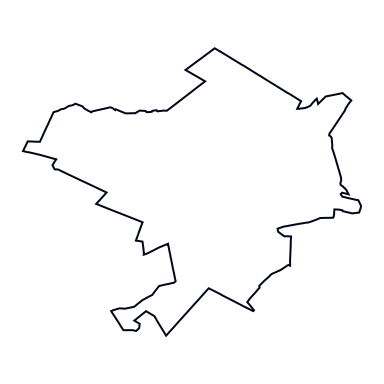 Lazdulejas pag., Balvu, Latvia
{"feature_id": "27541924B29489313148082", "entity_name": "Lazdulejas pag.", "entity_type": "district", "adm_level": 2, "iso_a3": "LVA", "parent_name": "Latvia", "parent_adm1": "Balvu", "projection": "equal_earth", "projection_center": [27.463, 57.024], "detail": "fine", "context": "isolated", "style": "outline", "palette": "ink", "viewbox_px": 384, "rotation_deg": 0, "n_neighbors": 0, "source": "geoboundaries", "source_scale": "gbopen_adm2", "svg_char_len": 5237}
<svg xmlns="http://www.w3.org/2000/svg" viewBox="0 0 384 384"><path d="M358.3,200.2L355.9,199.8L346.2,197.6L345.5,197.4L342.2,196.6L340.7,194.2L342.1,192.7L348.6,194.3L347.6,192.5L346.7,190.6L345.4,188.8L344.3,187.9L342.5,186.1L340.6,184.9L340.4,182.8L340.6,182.5L341.2,180.4L341.0,177.7L340.3,175.1L339.6,172.5L338.7,169.7L337.6,165.8L336.5,162.1L335.8,159.6L335.0,157.0L333.6,152.4L332.1,148.0L332.3,145.5L331.7,138.2L330.7,136.4L329.2,135.5L329.2,134.8L329.4,133.7L329.8,133.1L331.0,131.3L331.3,130.9L337.0,122.4L338.5,120.1L340.0,117.9L342.2,114.6L345.0,110.4L345.6,108.5L346.7,106.8L347.8,105.1L348.9,103.4L349.4,102.8L351.3,100.5L349.0,98.5L346.6,96.6L344.6,94.9L342.6,93.1L339.6,93.7L336.7,94.3L331.2,95.4L325.7,96.5L324.0,98.2L322.3,99.8L320.2,101.9L318.1,104.0L316.9,98.8L316.8,98.6L315.1,100.2L313.1,102.4L311.8,103.9L310.4,105.7L310.1,105.9L309.2,106.3L306.9,107.3L306.0,107.6L305.4,107.9L305.2,108.0L297.6,108.9L297.2,108.9L299.4,104.4L301.1,101.2L294.6,97.1L293.4,96.4L293.2,96.3L292.6,95.9L291.8,95.3L286.2,92.1L280.9,88.8L280.2,88.4L279.3,87.8L277.5,86.7L273.5,84.2L267.9,80.8L261.9,77.0L254.5,72.5L249.6,69.4L244.0,65.9L242.1,64.9L234.4,60.2L225.0,54.4L214.7,48.3L208.1,53.2L201.3,58.3L193.0,64.4L185.5,70.0L195.1,75.5L205.1,81.3L196.1,88.2L187.5,94.9L178.9,101.5L170.2,108.2L166.9,110.7L163.5,110.6L158.6,111.2L157.5,111.3L157.3,111.2L157.1,111.1L156.7,110.3L156.5,110.2L156.3,110.2L152.2,110.9L152.1,111.0L151.8,111.8L149.0,112.1L147.0,112.1L146.0,111.7L145.7,111.0L141.6,110.7L139.8,110.6L136.8,112.2L135.5,113.2L132.7,113.2L129.8,113.3L125.6,113.3L125.4,113.3L120.5,111.3L115.6,109.3L115.1,110.1L113.4,108.8L112.9,108.3L110.4,107.3L109.4,107.5L104.3,108.7L98.7,109.9L92.4,111.4L91.6,112.0L91.3,112.3L87.8,110.5L86.6,109.8L86.0,109.5L85.6,109.3L85.1,108.9L84.8,108.8L84.4,108.5L84.2,108.3L83.8,107.9L83.6,107.7L83.2,107.3L82.9,106.9L82.8,106.6L82.6,106.4L79.1,105.1L75.6,103.8L75.4,103.7L74.2,104.4L73.6,104.7L73.2,104.9L71.5,105.5L70.6,105.7L70.0,105.7L69.4,105.8L68.9,105.9L68.4,106.2L67.6,106.7L66.9,107.1L65.8,107.9L65.2,108.2L64.8,108.3L63.6,108.8L63.2,108.9L62.6,109.0L61.5,109.2L61.2,109.2L60.9,109.3L60.5,109.5L59.0,110.4L58.6,110.6L58.1,110.8L57.5,111.0L56.2,111.4L55.0,111.7L54.5,111.9L53.6,112.2L53.5,112.3L52.6,114.3L51.0,117.8L50.4,119.0L49.9,120.0L48.1,124.1L47.2,126.0L46.4,127.6L46.0,128.5L45.6,129.3L43.6,133.7L42.4,136.5L41.3,138.7L39.9,141.8L36.5,141.7L30.5,141.5L27.7,141.4L26.7,143.5L24.9,147.3L23.0,151.1L27.2,152.1L27.8,152.2L28.2,152.2L29.4,152.4L30.3,152.6L32.9,153.2L36.7,154.1L40.9,155.1L41.9,155.4L45.3,156.3L48.4,157.2L49.2,157.4L54.2,158.8L56.2,159.3L54.3,162.2L52.5,165.2L53.4,167.1L54.7,169.3L54.8,169.3L58.1,169.5L67.0,173.8L78.4,179.2L89.1,184.2L100.5,189.6L106.6,192.5L101.2,198.5L96.2,203.9L107.7,208.5L117.8,212.5L126.8,216.0L137.4,220.2L142.6,222.3L142.2,223.3L140.0,229.2L138.7,232.7L138.1,234.7L135.9,240.6L139.2,241.1L142.5,241.6L143.3,247.5L143.7,251.4L144.0,253.8L143.9,253.8L144.0,254.3L143.9,254.6L144.3,254.5L147.4,253.4L148.1,253.1L150.2,252.0L152.2,251.0L154.2,250.0L156.2,248.9L158.6,247.7L160.9,246.7L163.1,245.8L165.5,244.8L168.0,243.7L168.3,245.3L168.2,245.4L168.4,245.5L169.2,249.8L169.4,251.0L170.4,255.3L170.3,255.8L171.0,258.7L171.3,260.2L171.7,262.2L172.0,263.8L172.1,264.1L172.3,265.2L172.9,268.4L173.0,268.6L173.9,272.9L174.8,277.4L175.6,281.1L175.6,281.3L174.9,281.9L173.9,282.7L173.7,282.8L172.4,283.0L169.5,283.7L167.7,284.1L165.5,284.5L162.6,285.2L159.4,285.9L159.2,285.9L159.1,286.0L158.4,286.9L157.0,288.7L155.3,290.8L152.2,295.0L150.9,295.6L144.9,298.8L144.1,299.3L142.5,300.0L140.8,301.5L138.8,303.0L137.1,304.4L135.4,305.8L134.3,306.7L134.0,306.8L129.7,307.7L125.8,308.5L125.0,308.7L123.3,308.6L119.7,308.3L116.2,309.3L112.9,310.3L112.7,310.4L112.0,310.8L111.7,311.0L111.2,311.1L111.3,311.4L115.0,317.0L118.5,322.4L120.4,325.5L121.9,327.9L123.5,330.2L126.9,330.2L131.9,330.1L132.2,330.1L132.3,330.1L136.1,331.0L139.2,328.1L139.7,323.8L137.8,322.7L134.3,320.6L142.3,314.2L146.0,311.2L154.4,316.1L158.0,322.4L160.8,326.9L166.1,335.7L168.6,332.9L171.2,330.0L173.6,327.4L175.0,325.8L176.3,324.3L179.9,320.3L183.5,316.3L187.1,312.3L190.7,308.3L194.2,304.4L197.8,300.5L201.4,296.4L205.0,292.4L206.8,290.4L208.7,288.3L214.3,291.1L219.9,293.9L221.5,294.9L223.2,295.8L226.1,297.3L231.5,300.0L236.8,302.8L240.4,304.6L243.9,306.5L245.9,307.4L253.1,311.1L254.0,310.3L250.4,305.7L248.9,304.0L247.3,302.2L248.5,300.5L249.6,298.9L252.0,296.2L254.5,293.5L256.1,291.7L257.6,289.8L259.6,287.7L259.2,286.0L261.8,283.3L264.5,280.6L266.1,279.2L267.8,277.8L269.7,275.9L271.6,274.0L275.8,272.2L277.7,271.3L280.1,270.3L280.8,269.9L284.5,267.4L288.2,265.0L290.1,265.7L290.1,258.8L290.4,253.1L290.7,245.4L290.8,240.6L291.1,236.5L286.3,236.2L284.4,236.4L281.3,234.1L278.2,231.8L277.6,228.7L280.4,227.7L283.1,226.8L283.2,226.7L286.1,226.2L288.9,225.7L292.7,225.0L296.4,224.3L300.5,223.6L303.2,223.2L305.8,222.7L308.3,222.5L312.0,221.3L316.2,219.7L320.3,218.0L321.4,218.0L324.1,217.9L326.8,217.9L333.2,217.7L333.7,216.5L334.1,214.1L334.2,211.6L334.4,209.4L339.0,209.6L342.4,210.3L342.5,210.9L343.0,211.2L352.2,213.4L354.7,213.1L355.2,213.0L359.1,212.6L359.9,210.3L360.7,208.0L361.0,206.2L360.7,205.1L359.6,202.8L358.3,200.2Z" fill="none" stroke="#020617" stroke-width="2"/></svg>